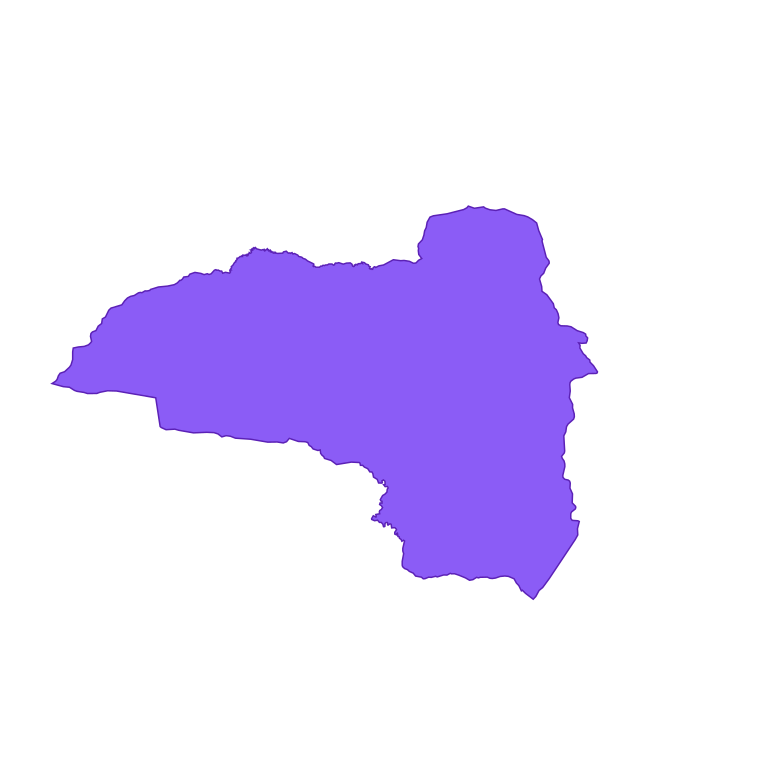 Lenguazaque, Cundinamarca, Colombia (orthographic projection), rotated 222°
{"feature_id": "7082276B28495435415002", "entity_name": "Lenguazaque", "entity_type": "district", "adm_level": 2, "iso_a3": "COL", "parent_name": "Colombia", "parent_adm1": "Cundinamarca", "projection": "orthographic", "projection_center": [-73.682, 5.304], "detail": "fine", "context": "isolated", "style": "filled", "palette": "violet", "viewbox_px": 768, "rotation_deg": 222, "n_neighbors": 0, "source": "geoboundaries", "source_scale": "gbopen_adm2", "svg_char_len": 6171}
<svg xmlns="http://www.w3.org/2000/svg" viewBox="0 0 768 768"><g transform="rotate(222 384 384)"><path d="M631.0,162.2L620.6,167.4L615.6,171.1L609.8,172.1L607.3,173.1L601.3,177.0L598.0,178.5L591.1,184.8L589.6,187.7L584.9,194.0L578.1,199.8L544.4,221.0L521.9,202.6L520.4,202.6L515.4,204.2L509.2,210.5L505.5,212.3L492.9,220.2L483.4,229.5L477.8,234.1L474.0,235.8L469.1,236.2L466.8,239.9L465.4,240.9L463.2,242.4L458.2,244.3L446.2,253.7L431.5,263.0L424.6,269.4L419.4,272.8L417.8,275.9L418.0,280.2L409.2,284.0L403.9,288.4L401.5,289.5L398.5,288.3L396.2,288.8L393.2,288.3L388.6,290.4L387.3,292.3L384.7,290.1L382.6,289.6L380.2,289.7L378.4,288.9L372.1,291.8L365.4,292.4L356.0,304.1L349.7,309.2L348.9,309.1L347.1,307.8L345.4,309.3L343.0,309.1L339.5,310.2L335.7,309.2L334.2,310.5L332.4,310.0L329.5,307.8L325.2,308.6L321.8,306.8L319.2,309.0L319.4,309.8L320.7,310.5L320.3,312.3L318.3,312.4L317.6,311.8L316.0,310.1L316.9,308.9L314.5,308.5L312.9,310.1L311.8,309.8L311.3,309.3L311.2,308.0L309.5,305.6L309.6,302.7L310.4,300.2L309.4,295.6L308.0,295.0L307.0,295.5L305.8,294.1L307.3,293.0L306.6,291.5L304.5,291.8L302.4,291.2L302.0,289.0L302.5,287.1L301.9,285.8L300.4,284.7L302.8,281.5L301.4,280.7L301.0,279.7L303.8,278.9L303.1,275.6L302.5,275.1L299.5,276.1L297.6,278.5L294.8,278.1L293.4,279.3L290.9,279.0L289.0,277.7L288.5,277.8L288.1,278.8L289.9,281.0L289.8,282.3L288.9,283.3L288.1,283.1L287.3,281.9L286.6,281.8L286.0,284.1L284.8,284.5L282.0,282.2L279.8,284.5L278.0,284.4L277.2,284.1L276.8,281.0L275.6,279.7L273.9,280.2L274.5,281.4L274.2,282.1L271.6,280.0L270.4,280.6L269.3,279.7L267.2,279.9L265.5,279.1L264.9,281.0L263.7,281.1L260.1,274.5L258.3,272.5L255.9,271.1L251.8,264.4L249.2,261.5L247.9,260.7L245.3,260.6L242.4,261.7L239.8,261.7L235.7,263.0L232.0,262.4L226.9,265.5L224.5,265.5L223.3,266.7L221.5,270.4L219.5,271.9L217.0,275.6L215.3,276.3L211.9,282.0L209.3,284.2L208.1,287.6L206.8,288.1L204.6,290.2L200.5,292.0L193.8,294.4L189.1,295.4L187.0,298.1L185.8,302.3L184.1,303.1L183.1,304.8L178.0,309.6L175.3,310.5L173.4,311.9L171.3,314.4L168.9,318.7L165.7,322.2L162.8,324.3L157.0,326.3L152.5,324.7L148.9,324.4L143.5,322.2L143.2,323.3L138.7,323.1L129.1,323.9L129.0,327.7L130.6,334.3L129.9,339.0L131.0,350.0L137.8,396.3L139.0,401.5L143.4,405.9L146.9,412.5L148.4,412.1L152.9,408.6L155.3,409.1L158.5,412.7L159.0,414.5L158.2,419.2L158.8,420.5L159.8,421.3L164.6,421.6L170.4,428.5L176.1,431.0L179.3,435.0L181.0,436.0L182.8,435.9L186.0,434.1L188.6,434.4L190.0,435.8L194.3,443.6L196.2,445.6L198.7,447.3L201.7,448.0L203.6,449.0L203.9,453.5L204.9,455.1L215.7,465.8L216.9,470.1L219.8,474.4L220.4,477.4L219.6,484.8L220.6,487.0L222.7,489.1L227.9,492.4L230.2,495.1L237.1,497.8L240.9,503.4L245.5,507.8L246.6,509.4L247.0,511.1L246.4,514.5L245.4,516.7L241.3,521.5L239.0,528.6L233.5,533.7L233.0,534.9L233.5,535.9L240.6,537.8L245.5,538.1L247.2,539.5L251.1,539.2L253.0,539.9L256.1,539.8L262.5,541.8L264.2,544.0L266.9,544.8L264.2,546.6L261.2,549.7L261.9,552.0L263.5,554.5L266.2,554.8L267.5,556.0L270.2,555.6L276.2,552.9L283.3,551.7L286.7,549.7L291.5,545.6L294.1,545.0L296.0,546.1L298.3,550.2L301.6,552.7L305.6,554.5L308.4,554.5L311.9,557.0L322.7,559.3L328.6,558.6L332.1,562.0L338.7,566.1L339.7,569.3L339.4,573.1L341.4,578.4L342.0,584.2L342.9,585.2L344.0,585.9L348.2,586.7L361.5,595.5L362.4,596.2L362.9,597.4L371.6,601.5L378.3,605.8L383.4,605.5L388.9,604.4L392.5,602.9L398.8,598.9L411.6,594.8L413.0,593.5L416.9,587.9L421.8,584.4L426.3,582.5L428.5,582.3L434.4,575.1L440.4,572.6L440.3,570.5L441.5,567.0L451.1,552.6L459.9,542.0L461.5,538.8L460.2,533.1L457.3,528.5L456.3,525.0L454.0,521.4L452.0,516.8L452.1,511.1L450.7,508.9L449.1,508.0L447.7,506.0L444.8,503.5L439.9,502.5L441.1,499.1L441.2,495.5L441.8,494.6L443.0,493.4L447.2,492.2L451.8,489.2L454.1,486.8L460.2,482.6L464.0,472.1L466.8,468.5L468.1,465.1L469.3,465.0L469.7,464.4L469.8,462.8L469.2,461.6L469.7,461.1L470.6,461.2L471.0,460.3L472.0,460.1L472.8,461.9L473.7,461.4L475.4,462.1L477.9,461.0L479.7,461.1L481.9,459.8L480.7,459.1L481.9,458.7L482.0,457.8L483.7,456.1L483.5,454.8L485.0,454.1L484.8,453.2L485.6,452.7L484.9,451.5L485.1,451.0L486.2,450.6L488.0,451.6L490.1,451.4L492.8,448.7L494.5,445.8L498.8,443.9L499.9,442.2L500.8,441.7L501.1,440.9L500.6,439.5L501.1,438.5L502.9,438.4L505.4,436.1L505.6,434.8L507.2,433.2L507.4,432.3L508.8,431.4L509.0,430.0L509.9,429.3L510.1,427.6L512.8,425.2L514.4,425.1L514.8,424.2L515.6,424.2L516.3,426.1L517.3,426.0L523.2,424.3L525.9,424.2L528.2,423.2L530.0,423.2L532.8,421.7L534.3,422.1L537.8,421.1L538.7,419.7L540.3,420.1L540.9,418.5L541.6,418.5L542.7,417.2L545.5,417.3L547.1,414.9L546.8,413.5L550.4,409.9L552.3,408.6L552.7,409.2L553.2,409.0L552.9,408.5L553.6,407.4L554.1,407.2L554.8,407.8L555.6,407.1L556.4,407.4L556.8,406.8L556.3,406.5L556.9,406.2L558.0,407.3L558.6,405.9L559.7,406.6L560.2,405.9L561.2,406.4L561.6,403.4L562.6,403.9L562.5,403.1L563.7,403.2L564.8,401.4L568.9,399.3L571.0,399.3L570.9,398.2L572.0,398.2L572.1,397.7L571.1,397.5L571.9,396.2L572.5,396.2L572.6,395.2L571.6,395.2L572.4,394.4L571.5,394.5L571.5,393.5L570.7,393.3L570.5,392.6L570.8,391.7L572.1,391.5L571.6,390.6L572.1,389.3L571.3,389.1L571.1,388.2L571.6,387.6L572.0,388.2L572.5,387.6L573.0,387.8L573.0,387.0L575.2,385.3L574.5,384.2L575.4,384.0L575.2,383.4L576.2,382.5L576.5,380.3L577.4,379.0L576.5,378.3L576.6,376.3L575.9,375.7L576.4,374.5L575.8,371.3L576.0,369.0L575.0,368.4L574.9,366.3L573.9,366.4L574.5,365.3L574.3,364.9L573.1,364.6L572.9,363.1L576.6,360.9L578.0,358.4L580.2,359.3L581.3,358.3L583.5,357.7L584.4,356.6L585.4,356.5L586.2,355.1L586.2,350.2L587.3,348.3L589.1,347.7L590.9,344.9L594.0,343.7L599.2,340.4L601.8,335.7L601.4,333.0L604.4,329.5L604.0,327.0L604.4,324.9L605.1,324.5L605.2,320.9L606.3,317.5L610.4,311.9L616.6,305.1L620.8,298.0L620.7,296.8L622.4,294.5L623.9,293.3L625.0,289.9L626.4,289.0L627.5,287.4L628.8,282.7L631.0,279.5L632.2,276.3L632.4,272.4L631.8,267.4L637.7,257.7L637.9,254.7L635.8,247.4L636.9,243.9L634.3,240.0L635.1,235.8L633.8,231.0L635.5,227.6L635.6,225.5L634.0,223.0L629.8,220.0L629.6,218.4L629.8,215.4L631.9,211.4L636.0,206.9L639.0,202.8L636.9,199.6L631.7,193.8L629.3,188.6L629.0,186.0L629.6,179.4L631.9,175.3L631.5,172.3L630.0,168.7L629.9,166.3L631.0,162.2Z" fill="#8b5cf6" stroke="#5b21b6" stroke-width="1.5"/></g></svg>